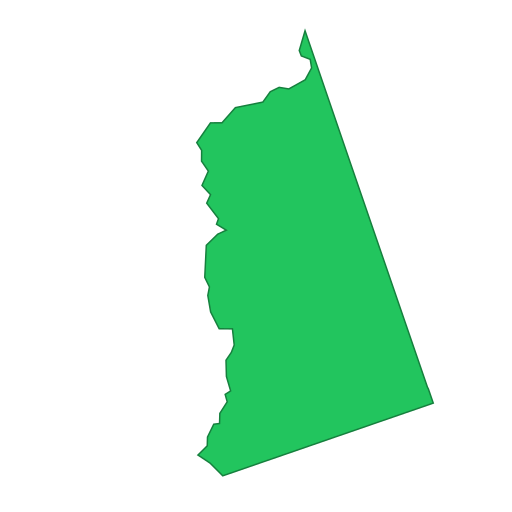 outline of Ward, Texas, United States of America, rotated 71°
{"feature_id": "52423323B69201645731080", "entity_name": "Ward", "entity_type": "district", "adm_level": 2, "iso_a3": "USA", "parent_name": "United States of America", "parent_adm1": "Texas", "projection": "equal_earth", "projection_center": [-103.189, 31.459], "detail": "fine", "context": "isolated", "style": "filled", "palette": "green", "viewbox_px": 512, "rotation_deg": 71, "n_neighbors": 0, "source": "geoboundaries", "source_scale": "gbopen_adm2", "svg_char_len": 777}
<svg xmlns="http://www.w3.org/2000/svg" viewBox="0 0 512 512"><g transform="rotate(71 256 256)"><path d="M438.0,136.3L435.7,136.6L191.2,136.5L59.0,136.3L75.8,148.2L81.6,148.0L87.7,140.7L96.3,142.2L105.4,152.1L108.7,170.6L104.1,179.2L105.3,189.0L112.7,199.4L109.0,227.2L119.0,244.8L115.3,255.7L129.5,275.1L138.4,273.0L148.6,276.6L160.2,273.4L171.7,284.1L183.2,279.0L190.0,285.4L208.5,279.3L213.1,283.0L221.9,275.7L222.9,285.1L229.7,299.5L259.5,311.4L270.1,310.1L277.6,314.4L294.1,317.1L312.8,314.5L317.2,302.0L333.1,305.6L339.1,310.7L344.8,318.3L360.3,323.2L375.3,323.9L376.8,330.2L384.5,330.7L393.0,341.4L402.5,345.0L401.3,350.7L411.4,360.8L419.6,363.9L425.3,375.7L436.8,366.9L453.0,359.0L452.8,136.3L438.0,136.3Z" fill="#22c55e" stroke="#15803d" stroke-width="1.5"/></g></svg>